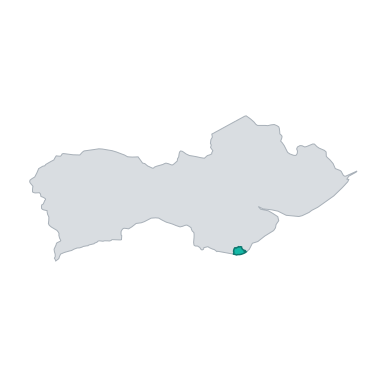 VI-3 Black Bush Polder, East Berbice-Corentyne, Guyana shown in context, rotated 95°
{"feature_id": "73187651B65372022493743", "entity_name": "VI-3 Black Bush Polder", "entity_type": "district", "adm_level": 2, "iso_a3": "GUY", "parent_name": "Guyana", "parent_adm1": "East Berbice-Corentyne", "projection": "equal_earth", "projection_center": [-57.284, 6.065], "detail": "fine", "context": "in_parent", "style": "filled", "palette": "teal", "viewbox_px": 384, "rotation_deg": 95, "n_neighbors": 0, "source": "geoboundaries", "source_scale": "gbopen_adm2", "svg_char_len": 4569}
<svg xmlns="http://www.w3.org/2000/svg" viewBox="0 0 384 384"><g transform="rotate(95 192 192)"><path d="M132.6,177.3L125.7,166.9L118.7,156.4L111.9,146.1L111.4,144.7L114.3,139.8L116.9,136.3L119.0,134.3L120.0,132.5L119.3,125.0L119.3,122.3L118.3,119.3L117.6,116.0L118.5,113.2L119.5,111.3L120.9,110.6L124.1,109.9L126.4,109.6L127.2,108.5L128.5,107.2L130.2,107.2L133.6,108.1L135.1,106.4L137.9,104.1L144.2,100.2L145.6,97.7L146.6,93.8L146.5,91.9L145.9,91.2L144.3,90.5L141.9,90.5L140.0,91.5L138.0,90.9L136.4,88.5L136.3,86.5L137.3,83.6L136.7,81.8L133.6,75.8L133.6,74.2L135.9,71.5L137.2,69.2L139.0,63.7L140.4,61.9L144.8,61.3L145.9,60.1L148.1,57.2L151.4,53.9L156.2,51.3L157.6,46.5L158.4,45.2L162.2,42.7L162.9,41.4L162.8,40.2L156.7,29.4L157.9,30.2L162.6,37.2L165.3,38.7L165.8,38.7L165.8,36.9L168.2,37.7L174.4,42.5L183.5,50.4L196.2,65.3L199.8,71.0L202.2,73.7L206.0,80.2L207.1,83.4L207.0,96.1L203.6,104.7L202.8,111.2L202.6,119.8L200.7,124.7L203.2,122.1L204.1,114.3L206.3,109.6L209.1,104.4L213.0,103.1L217.1,105.4L220.4,105.7L223.3,107.3L229.5,115.6L235.6,122.1L237.8,127.4L244.3,130.0L248.1,134.1L249.3,137.7L250.1,147.1L248.8,161.3L249.2,162.0L247.4,164.8L247.1,166.5L246.0,169.7L245.1,171.4L246.4,175.3L247.8,175.5L248.4,176.0L248.8,176.8L248.7,177.6L248.1,178.3L246.7,179.3L245.4,181.6L245.5,184.1L244.7,185.4L242.0,186.0L236.8,186.0L234.2,186.2L232.2,186.6L230.9,188.3L229.1,189.4L227.8,189.7L226.6,191.5L225.4,194.2L225.8,196.0L227.0,198.4L227.8,200.9L226.8,205.0L225.8,208.1L225.2,210.5L224.3,215.0L222.3,220.0L220.9,222.9L220.9,226.0L221.6,230.4L225.7,236.9L227.1,239.9L228.2,244.9L231.9,248.8L234.2,251.9L234.0,256.0L234.3,257.3L235.7,258.4L237.5,259.2L239.4,259.1L241.2,258.8L241.6,258.2L245.6,258.1L246.0,259.2L246.3,265.1L246.4,267.5L247.4,268.5L248.0,270.0L248.0,271.3L248.2,274.7L248.8,276.4L248.7,280.0L249.1,281.3L250.2,282.2L251.6,284.8L252.1,285.1L252.4,286.0L253.6,289.6L254.2,290.7L254.6,290.9L254.8,292.1L255.7,295.6L256.3,296.4L257.4,298.9L257.8,301.6L259.3,304.7L260.8,306.9L261.5,309.1L263.4,314.0L265.3,317.5L267.8,318.4L270.0,318.9L271.3,320.3L272.6,321.7L271.2,322.4L269.9,323.3L268.2,322.6L265.8,322.9L263.3,323.9L261.0,324.4L256.6,322.8L255.2,322.6L254.3,322.0L252.5,318.9L251.7,318.5L249.3,320.0L246.5,320.9L245.1,320.8L243.5,321.8L242.0,323.2L239.1,329.2L237.6,331.3L236.0,332.3L232.8,332.2L229.4,332.4L226.8,333.9L224.4,334.6L223.2,334.7L222.8,338.0L222.3,339.5L221.5,340.4L219.7,340.7L218.0,340.6L217.0,339.2L215.1,338.5L213.4,338.0L212.3,337.2L211.5,337.4L210.7,338.8L210.2,340.0L209.6,342.1L207.1,342.8L206.0,344.0L206.6,348.1L206.4,349.6L205.8,350.9L202.8,351.1L200.1,351.0L198.6,352.5L196.8,354.2L195.6,354.6L194.3,354.4L192.5,352.4L190.8,350.0L186.5,348.2L182.1,346.8L179.3,342.9L178.7,340.9L177.3,340.1L174.0,335.4L172.1,332.4L170.1,331.6L167.8,330.4L167.9,328.2L167.8,326.1L166.8,325.3L165.4,324.7L164.9,323.5L165.0,320.8L165.3,313.7L164.9,307.0L161.8,304.6L160.5,303.1L158.2,293.1L157.1,288.6L157.0,285.2L157.8,275.2L158.7,270.9L161.1,262.3L162.5,259.3L162.5,257.2L162.4,254.3L161.7,248.8L165.7,245.3L167.5,243.8L167.8,241.5L169.9,238.5L170.9,235.7L171.7,233.5L171.5,232.3L170.5,231.6L169.4,229.5L167.1,223.4L166.3,222.2L165.5,220.5L165.9,217.8L166.8,214.9L166.7,213.6L165.3,212.1L162.4,209.4L160.1,209.3L158.2,208.3L155.5,208.2L153.3,207.9L152.1,206.9L152.3,205.3L152.9,204.1L154.7,201.0L155.9,197.7L156.1,194.5L156.5,190.3L157.0,186.7L157.3,182.6L154.4,179.9L153.5,177.7L152.3,175.7L151.0,175.7L149.1,174.8L146.0,177.4L143.6,176.9L141.9,177.9L138.1,177.7L135.6,176.5L132.6,177.3Z" fill="#d9dde1" stroke="#a8b0b8" stroke-width="1"/><path d="M250.3,145.2L250.3,144.9L250.4,144.0L250.5,143.4L250.8,142.3L250.8,142.0L250.7,141.7L250.4,141.3L250.3,139.9L250.2,139.2L249.9,138.0L249.6,137.1L248.6,135.1L248.5,134.9L248.1,134.5L247.8,133.8L247.5,133.5L246.9,132.8L246.7,133.3L246.7,133.7L246.6,134.2L246.4,134.6L246.2,134.3L246.1,133.9L245.8,133.8L245.6,134.2L245.6,134.6L245.5,135.0L245.5,135.3L245.3,135.7L244.9,136.3L244.7,136.6L244.4,136.9L244.2,137.1L243.9,137.3L243.6,137.6L243.3,137.6L243.0,137.7L242.7,137.9L242.4,137.9L242.3,138.4L242.3,138.8L242.3,139.1L242.4,139.5L242.6,140.0L242.5,140.4L242.4,140.9L242.6,141.1L243.0,141.4L243.1,141.8L243.3,142.2L243.5,142.5L243.8,142.8L244.0,143.1L244.0,143.5L243.8,143.6L243.8,144.1L243.9,144.5L244.2,144.7L244.6,144.9L244.9,145.0L245.3,145.1L245.6,145.2L246.0,145.3L246.3,145.3L246.5,145.4L246.9,145.4L247.3,145.4L247.6,145.4L247.8,145.2L248.2,145.0L248.5,145.0L248.9,145.1L249.3,145.1L249.6,145.2L249.9,145.1L250.2,145.2L250.3,145.2Z" fill="#14b8a6" stroke="#0f766e" stroke-width="1.5"/></g></svg>